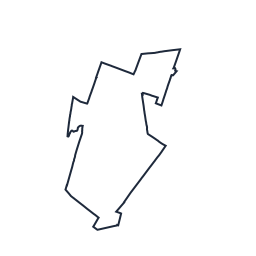 outline of Fulga, Prahova, Romania, rotated 139°
{"feature_id": "2599482B7572251252498", "entity_name": "Fulga", "entity_type": "district", "adm_level": 2, "iso_a3": "ROU", "parent_name": "Romania", "parent_adm1": "Prahova", "projection": "albers", "projection_center": [26.445, 44.906], "detail": "fine", "context": "isolated", "style": "outline", "palette": "slate", "viewbox_px": 256, "rotation_deg": 139, "n_neighbors": 0, "source": "geoboundaries", "source_scale": "gbopen_adm2", "svg_char_len": 5215}
<svg xmlns="http://www.w3.org/2000/svg" viewBox="0 0 256 256"><g transform="rotate(139 128 128)"><path d="M179.1,161.4L179.0,161.2L178.7,160.8L178.6,160.7L178.4,160.7L178.1,160.8L177.9,160.9L177.6,161.0L177.4,161.1L177.1,161.3L176.8,161.6L176.7,161.8L176.5,162.0L176.4,162.0L176.2,162.0L176.1,161.9L175.9,161.9L175.8,162.0L175.1,162.2L174.9,162.4L174.8,162.5L174.6,162.6L174.1,162.7L173.7,162.8L173.3,162.9L173.2,162.9L172.7,163.0L172.4,163.0L172.3,162.9L172.0,162.8L171.9,162.6L171.7,162.4L171.6,162.1L171.6,161.1L171.5,160.9L171.4,160.8L171.2,160.8L170.9,160.7L170.4,160.5L169.9,160.4L169.7,160.3L169.6,160.2L169.4,160.1L169.2,159.9L168.9,159.7L168.7,159.6L168.4,159.5L168.2,159.4L167.9,159.5L167.7,159.6L167.3,159.7L167.1,159.9L167.0,160.0L166.8,160.1L166.7,160.2L166.5,160.3L166.2,160.6L166.0,160.8L165.9,160.8L165.7,161.0L165.4,161.2L164.9,161.2L164.3,161.3L164.2,161.3L163.9,161.2L163.2,161.2L162.8,161.1L162.6,161.0L162.2,160.8L161.9,160.6L161.7,160.4L161.3,159.9L161.1,159.6L160.8,159.3L161.2,159.0L161.4,158.9L161.7,158.7L161.9,158.4L162.2,158.2L162.6,157.9L163.0,157.5L163.1,157.3L163.3,157.1L163.9,156.5L164.0,156.3L164.2,156.2L164.5,155.9L164.7,155.7L164.8,155.7L165.0,155.4L165.1,155.2L165.7,154.5L166.2,154.1L166.6,153.8L173.5,149.8L181.3,145.0L185.8,142.1L186.7,141.2L188.0,140.4L189.3,139.7L189.9,139.0L190.5,138.6L191.0,138.4L191.6,138.1L193.2,137.0L195.7,135.2L197.4,134.1L198.2,133.6L211.6,124.8L211.7,125.0L215.6,122.5L215.6,117.9L215.7,113.9L212.6,98.1L211.8,93.5L211.4,91.6L210.2,85.5L210.1,85.1L209.8,84.0L209.7,83.3L209.6,82.8L209.5,82.6L209.4,81.5L209.3,81.1L209.0,79.6L210.4,79.2L216.2,77.2L219.0,76.3L218.0,71.8L217.8,71.2L203.3,63.4L200.3,61.7L199.8,62.0L199.2,61.0L193.2,65.2L189.3,68.0L189.6,68.7L191.8,72.6L188.1,73.1L184.2,73.7L179.7,74.3L179.7,74.6L167.9,77.6L166.8,77.8L152.5,80.8L149.5,81.5L149.2,81.5L145.0,82.4L139.0,83.7L137.1,84.1L135.5,84.4L133.6,84.8L130.2,85.5L129.5,85.6L128.4,85.9L124.6,86.7L123.8,86.8L122.1,87.1L119.6,87.7L118.3,88.0L117.3,88.3L115.7,88.7L111.2,89.9L112.2,92.5L112.6,93.7L112.8,94.4L112.9,94.7L113.3,96.3L113.6,97.6L113.7,98.2L113.7,98.7L114.1,100.0L114.5,101.7L115.0,103.6L115.4,105.1L115.8,106.5L116.9,110.3L116.9,110.5L116.8,110.8L116.6,111.2L116.4,111.5L116.2,111.9L115.6,112.8L115.1,113.6L114.9,114.0L114.7,114.4L114.6,114.5L114.3,114.8L114.1,115.0L113.9,115.3L113.5,115.6L113.4,115.8L113.2,116.0L112.7,116.8L112.5,117.0L112.5,117.3L112.4,117.5L111.5,119.1L110.8,120.1L110.5,120.6L110.1,121.4L108.9,123.3L107.8,125.0L107.4,125.6L105.7,128.4L105.3,129.0L104.8,129.7L104.6,130.1L104.1,130.9L102.0,134.0L101.6,134.6L97.0,141.9L94.5,145.5L94.6,145.4L94.5,145.2L94.4,144.6L94.4,144.4L94.4,144.2L94.3,144.3L94.2,144.3L94.1,144.2L93.9,144.2L93.8,144.3L93.6,144.5L93.2,144.0L89.7,138.6L89.5,138.1L89.0,137.2L88.8,136.8L88.7,136.5L88.1,135.7L87.2,134.2L85.5,131.4L86.0,131.1L86.3,131.0L87.4,130.4L87.5,130.4L87.7,130.2L87.8,130.1L88.9,129.5L89.7,129.0L90.8,128.4L88.8,124.6L88.0,123.1L84.4,125.2L84.1,125.4L83.1,126.0L82.4,126.5L81.3,127.1L80.3,127.7L78.6,128.7L77.7,129.2L77.0,129.7L75.9,130.3L75.2,130.8L73.6,131.7L72.6,132.2L71.3,133.1L70.0,133.9L69.1,134.4L68.1,135.0L67.1,135.5L66.2,136.1L65.9,136.2L65.7,136.3L65.0,136.7L64.3,137.2L64.0,137.4L63.9,137.4L63.7,137.5L63.4,137.6L62.9,138.0L62.6,138.2L62.4,138.3L62.0,138.5L61.7,138.7L61.5,138.9L61.3,138.9L61.0,139.1L60.6,139.3L60.4,139.4L60.2,139.3L60.0,138.9L59.7,138.6L59.7,138.4L59.4,138.2L59.0,138.3L58.7,138.3L54.1,139.0L54.4,139.4L54.6,139.6L54.7,139.8L54.8,139.9L54.8,140.0L54.8,140.3L54.6,140.4L54.2,140.6L53.9,140.8L53.8,141.0L53.7,141.3L53.5,141.5L53.4,141.7L53.4,141.8L53.5,141.9L53.6,142.0L53.6,142.3L53.4,142.5L53.5,142.6L54.0,142.7L54.1,142.8L54.3,142.9L54.4,143.0L54.6,143.2L54.3,143.3L53.6,143.7L53.0,144.0L50.7,145.3L47.7,147.0L38.5,152.3L37.0,153.2L43.3,157.5L48.7,161.1L50.0,162.0L53.1,163.9L53.3,164.1L53.5,164.2L53.6,164.3L54.1,164.6L54.5,164.8L55.1,165.2L55.8,165.5L56.4,165.9L56.7,166.1L58.5,167.1L61.7,169.5L63.9,171.2L69.3,175.0L75.0,171.9L77.6,170.5L80.3,169.0L82.7,167.7L83.4,167.3L84.6,166.6L84.8,166.5L85.1,166.4L85.3,166.4L85.5,166.3L86.4,165.9L87.2,165.5L88.6,164.9L88.9,165.5L89.5,166.6L89.8,167.2L90.6,168.8L91.3,170.1L92.7,172.6L96.9,180.4L98.1,182.6L99.7,185.5L99.9,186.0L100.6,187.2L102.8,191.1L104.1,193.5L104.9,195.0L105.9,194.4L110.0,192.1L110.5,191.8L113.9,189.9L114.9,189.3L117.9,187.6L119.0,187.0L118.8,186.7L119.2,186.6L122.7,184.6L123.5,184.1L124.0,183.8L128.9,181.0L129.5,180.7L129.9,180.4L130.3,180.3L131.5,179.5L134.3,178.0L136.6,176.7L138.0,175.8L141.1,174.1L142.5,173.3L142.8,173.2L142.9,173.3L143.0,173.4L143.5,174.2L145.6,177.5L146.6,179.0L147.3,181.5L147.5,182.1L147.9,183.6L148.2,184.6L148.7,186.3L148.8,186.8L149.0,187.4L149.3,187.1L151.4,185.4L152.5,184.5L152.9,184.2L153.5,183.7L154.3,183.0L154.8,182.8L156.1,181.5L156.7,181.1L157.8,180.1L159.0,179.1L161.1,177.5L161.5,177.1L162.2,176.5L162.4,176.3L162.6,176.2L162.8,176.1L163.0,176.0L163.4,175.6L163.7,175.3L163.8,175.2L164.2,174.9L164.3,174.7L164.5,174.6L165.3,174.0L166.6,172.9L167.1,172.3L167.6,172.0L168.3,171.4L168.6,171.1L168.9,170.9L169.0,170.7L169.3,170.5L172.5,167.6L174.2,166.1L176.1,164.3L176.9,163.6L178.2,162.3L179.1,161.4Z" fill="none" stroke="#1e293b" stroke-width="2"/></g></svg>